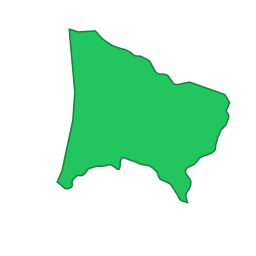 San Jose, Choluteca, Honduras, rotated 111°
{"feature_id": "27666195B7253406385718", "entity_name": "San Jose", "entity_type": "district", "adm_level": 2, "iso_a3": "HND", "parent_name": "Honduras", "parent_adm1": "Choluteca", "projection": "equal_earth", "projection_center": [-87.408, 13.714], "detail": "fine", "context": "isolated", "style": "filled", "palette": "green", "viewbox_px": 256, "rotation_deg": 111, "n_neighbors": 0, "source": "geoboundaries", "source_scale": "gbopen_adm2", "svg_char_len": 2444}
<svg xmlns="http://www.w3.org/2000/svg" viewBox="0 0 256 256"><g transform="rotate(111 128 128)"><path d="M203.9,174.8L204.3,173.0L204.8,171.5L205.4,169.9L205.9,168.4L206.9,165.8L206.8,163.5L205.6,161.6L204.0,160.0L202.9,159.4L201.3,159.4L200.0,160.1L199.1,160.7L198.0,160.9L196.3,160.9L194.3,160.2L192.1,159.2L190.7,158.3L189.9,156.8L189.5,155.1L188.7,153.6L187.0,152.5L185.0,151.7L182.9,151.1L181.0,150.8L180.0,150.1L178.9,148.7L177.5,146.8L176.7,146.0L175.5,144.3L174.6,142.7L173.9,140.7L172.9,138.5L172.0,136.7L170.7,134.6L169.8,133.4L169.2,132.5L168.7,131.1L168.6,129.2L169.0,127.3L169.6,125.3L170.2,123.6L170.2,122.2L169.5,121.5L168.5,121.4L167.1,121.7L165.6,121.9L164.1,122.5L162.4,123.1L160.8,123.2L159.3,123.2L158.4,123.0L157.7,122.4L157.3,121.7L157.1,120.0L157.2,117.1L157.3,114.1L157.0,111.7L157.0,109.5L157.1,106.6L157.3,104.0L157.2,103.6L157.0,101.4L156.2,97.9L155.9,95.6L155.7,93.4L156.3,91.2L157.2,88.9L158.0,86.6L159.4,84.5L161.2,83.0L162.9,81.5L164.3,79.4L164.5,77.5L164.5,75.5L164.6,73.3L164.8,70.8L165.0,69.1L165.5,67.6L166.4,66.4L167.3,65.3L167.7,64.8L168.4,63.5L169.5,62.1L170.9,60.5L172.0,58.7L172.6,57.9L173.5,57.0L174.9,55.5L175.9,54.3L176.5,52.8L176.7,51.3L176.6,50.2L176.5,48.5L176.4,46.9L176.1,45.7L175.3,46.6L174.3,47.3L173.0,48.2L171.7,49.1L170.2,49.8L168.8,50.3L167.4,50.0L165.4,49.7L163.1,49.1L160.7,49.0L158.3,49.2L156.4,49.8L156.1,49.9L154.6,50.7L153.4,52.1L152.2,54.0L150.5,56.7L149.0,58.3L146.9,59.0L145.1,58.9L143.5,58.2L141.8,56.6L140.0,54.7L138.6,53.7L137.9,53.1L135.4,51.9L133.0,51.2L130.8,50.6L129.4,49.6L128.1,48.5L126.4,46.6L124.5,44.1L122.6,42.1L120.9,40.7L119.1,39.5L117.4,39.0L115.9,38.9L114.2,39.6L112.8,39.9L104.3,40.9L101.5,40.6L98.3,40.6L96.2,40.3L93.9,39.3L91.6,38.3L90.0,37.8L89.5,37.7L86.4,37.7L83.1,37.7L80.6,38.2L79.1,39.6L76.9,42.5L67.9,42.2L62.1,49.6L62.9,80.3L63.1,87.0L66.8,92.9L68.7,95.5L70.2,98.5L70.4,100.2L70.1,101.3L69.7,102.3L68.6,103.8L67.7,105.1L66.8,106.7L65.1,108.9L64.6,110.8L64.8,113.5L65.2,115.1L65.9,116.5L66.5,118.3L66.4,120.4L65.8,122.3L64.4,124.0L63.3,125.4L61.9,127.0L60.4,128.7L60.1,128.9L58.5,131.0L57.3,133.4L57.0,136.4L56.6,139.9L56.5,142.0L56.5,142.4L57.5,144.8L58.2,148.1L57.6,149.5L57.1,150.9L56.5,153.2L55.8,158.2L56.4,163.7L56.7,168.0L56.6,172.5L55.6,177.4L54.4,182.1L53.5,184.7L52.1,187.7L49.1,193.3L56.1,208.8L56.8,218.3L114.0,190.3L128.7,185.9L138.7,182.8L140.8,182.2L192.0,174.2L203.9,174.8Z" fill="#22c55e" stroke="#15803d" stroke-width="1.5"/></g></svg>